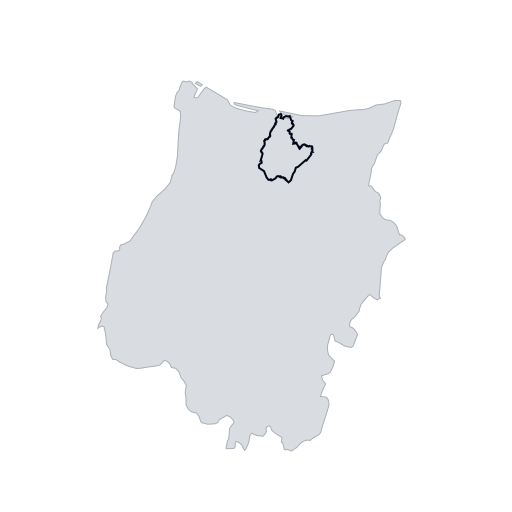 Loh-Djiboua, Sud-Bandama, Ivory Coast shown in context, rotated 198°
{"feature_id": "98640826B50838995581112", "entity_name": "Loh-Djiboua", "entity_type": "district", "adm_level": 2, "iso_a3": "CIV", "parent_name": "Ivory Coast", "parent_adm1": "Sud-Bandama", "projection": "equal_earth", "projection_center": [-5.414, 5.714], "detail": "fine", "context": "in_parent", "style": "outline", "palette": "ink", "viewbox_px": 512, "rotation_deg": 198, "n_neighbors": 0, "source": "geoboundaries", "source_scale": "gbopen_adm2", "svg_char_len": 8680}
<svg xmlns="http://www.w3.org/2000/svg" viewBox="0 0 512 512"><g transform="rotate(198 256 256)"><path d="M147.3,97.4L148.6,97.3L152.0,96.0L155.1,92.9L158.1,86.5L162.0,81.4L166.4,81.8L167.8,80.8L169.3,80.7L171.2,84.0L173.0,86.6L174.3,86.7L175.3,91.5L183.4,93.5L186.9,94.9L189.8,98.4L190.8,98.5L192.0,97.8L193.0,96.5L193.2,95.2L191.9,92.0L192.5,89.1L193.8,86.5L195.9,86.4L199.0,85.6L202.6,85.6L205.3,86.1L206.3,83.5L205.3,76.3L205.6,72.4L206.0,69.0L207.0,67.6L211.0,71.8L214.7,73.4L217.3,73.5L218.1,72.7L216.9,68.1L217.2,66.7L218.2,65.9L219.9,65.4L224.6,63.6L225.1,63.9L226.0,71.2L225.5,73.6L226.5,78.5L227.7,83.0L227.6,84.9L226.6,87.7L225.5,90.3L225.6,91.4L227.4,93.2L231.0,95.0L234.7,95.4L236.8,92.7L238.9,90.6L240.4,88.6L240.9,85.8L243.2,83.7L249.9,81.1L256.1,80.7L257.5,81.5L260.3,85.5L263.9,88.2L269.2,87.9L273.1,89.5L276.5,92.6L278.7,99.4L281.2,104.3L282.3,111.3L286.2,115.0L289.3,116.7L293.4,121.8L297.7,124.4L302.1,123.8L304.2,126.4L307.5,128.3L310.8,128.5L313.7,122.6L317.6,120.3L327.3,115.6L331.1,113.5L335.0,112.1L344.4,111.7L353.1,113.1L357.4,114.2L360.4,113.4L363.2,116.2L366.1,122.1L368.5,123.9L371.0,126.0L372.8,130.6L374.9,135.2L376.0,137.2L378.7,141.7L380.9,141.8L383.1,139.8L384.1,138.4L384.5,141.4L383.6,146.2L383.8,149.2L385.1,150.3L384.4,154.2L381.9,160.8L381.9,164.7L384.4,165.9L386.2,170.0L387.4,177.0L388.5,179.4L388.6,180.9L390.5,198.0L392.8,215.1L391.3,217.3L389.3,218.0L388.1,218.8L387.7,220.4L388.5,222.7L388.0,224.9L385.5,226.4L380.1,231.8L379.7,234.0L378.3,238.6L377.1,241.5L375.4,246.7L372.6,260.7L371.5,272.2L371.4,275.7L370.3,278.2L369.1,281.8L363.2,291.7L360.2,299.8L360.6,303.3L360.8,306.8L359.9,309.4L360.0,316.2L360.8,321.9L361.8,327.5L366.1,343.4L368.4,353.1L369.8,360.8L371.0,366.1L372.1,368.2L372.6,370.2L379.0,371.6L380.2,372.8L381.9,382.9L381.6,387.5L380.4,389.3L380.5,393.1L380.2,398.0L379.2,399.9L375.7,400.1L373.3,401.9L370.1,401.2L369.8,400.0L368.1,399.6L363.4,396.8L364.1,388.0L362.0,387.7L360.3,388.8L356.9,399.4L355.3,401.2L331.8,395.8L326.7,391.4L320.6,390.4L309.9,390.9L301.1,392.2L298.6,394.8L320.8,393.3L323.2,393.6L324.3,395.2L296.3,398.7L285.6,400.8L282.4,400.2L280.0,396.8L268.4,396.4L266.0,397.5L264.5,400.0L269.1,399.5L276.3,399.3L278.3,401.2L255.7,403.7L240.0,408.5L233.3,412.0L211.4,423.6L198.1,429.0L194.6,431.0L188.5,436.7L180.7,440.3L171.9,446.9L166.6,448.4L165.4,446.3L165.3,435.0L164.5,419.9L164.8,414.2L165.5,408.7L165.6,404.2L168.2,402.6L168.9,400.7L169.3,394.8L171.8,389.5L171.9,380.2L172.6,378.3L173.2,375.8L172.1,369.7L170.8,358.2L170.1,357.5L169.5,357.9L168.1,358.2L162.6,354.2L158.4,353.5L155.4,350.1L155.2,346.2L153.8,344.0L152.8,339.5L151.3,334.4L147.1,331.3L143.2,330.5L140.4,331.2L137.1,331.0L133.4,329.3L130.8,327.3L128.4,323.6L126.1,320.6L124.3,321.0L122.1,320.3L119.9,318.9L119.2,317.9L128.3,305.9L131.4,300.1L131.8,296.6L131.8,293.0L132.8,289.3L133.1,283.6L128.1,263.2L126.8,256.9L125.5,255.1L124.6,254.4L127.2,251.8L130.7,252.4L136.0,254.5L137.2,252.5L141.3,242.2L141.2,238.3L140.8,235.7L143.2,228.7L145.1,225.9L146.1,223.0L145.8,219.0L144.3,217.5L142.5,217.7L140.2,216.8L136.8,214.4L135.1,212.4L135.6,203.1L135.9,200.2L137.2,198.5L139.1,198.1L144.4,197.8L148.7,198.9L152.4,199.5L154.5,199.5L156.1,202.2L158.2,205.1L160.2,205.0L160.8,202.9L160.4,193.8L159.2,188.9L156.3,184.2L148.8,180.2L148.6,174.6L149.4,168.6L151.0,166.3L156.6,162.5L155.6,160.4L153.9,158.2L150.3,156.0L151.2,148.8L151.4,142.3L148.4,143.0L145.3,143.4L142.7,141.4L140.6,137.5L140.2,126.7L140.3,114.3L139.9,108.7L140.7,105.8L143.3,103.1L146.2,99.6L147.3,97.4ZM367.1,401.4L365.8,403.8L359.9,402.2L361.3,400.2L367.1,401.4Z" fill="#d9dde1" stroke="#a8b0b8" stroke-width="1"/><path d="M270.2,334.0L267.7,332.3L267.3,332.3L266.8,332.5L266.3,333.0L265.9,333.5L265.7,333.6L265.3,333.1L264.9,332.6L264.7,332.6L264.4,332.8L264.2,332.9L261.4,335.9L260.8,338.1L259.4,338.9L258.9,338.7L257.6,338.5L257.8,339.3L257.6,339.4L257.2,339.4L256.9,339.2L256.7,339.1L256.3,339.0L256.1,338.8L256.0,338.6L255.8,338.6L255.6,338.6L255.4,338.7L255.3,338.9L255.1,339.0L254.6,339.2L254.4,339.0L254.0,338.9L253.5,338.5L253.2,338.5L253.0,338.9L252.9,339.1L252.4,338.9L252.3,338.7L252.1,338.8L251.9,338.6L251.8,338.4L251.8,338.2L251.7,338.0L251.5,337.8L251.4,337.6L251.2,337.6L250.7,337.8L250.6,337.6L250.3,337.2L249.9,337.1L247.8,336.1L246.2,338.9L246.2,345.6L245.7,346.9L245.3,348.4L245.4,352.3L243.5,353.9L238.4,362.5L237.5,362.3L234.8,369.7L234.9,370.2L235.0,370.3L235.1,370.5L235.1,370.3L235.3,370.4L235.4,370.5L235.4,370.8L235.2,371.0L235.2,371.6L235.1,372.0L235.2,372.3L234.9,372.5L234.8,372.4L234.5,372.5L234.8,372.7L235.0,372.8L235.0,373.0L234.9,373.2L234.9,373.3L235.0,373.6L235.0,373.8L235.1,374.3L235.3,374.9L235.4,375.2L235.7,375.6L235.7,376.0L235.9,376.1L236.0,376.0L236.0,376.4L236.4,377.4L236.5,377.4L236.8,377.5L236.9,377.3L237.1,377.5L238.2,377.0L238.5,377.0L239.0,377.2L239.2,376.9L239.3,376.9L239.6,376.8L239.7,376.5L240.0,376.3L240.5,376.5L241.0,376.6L241.5,376.5L241.8,376.7L242.0,376.5L242.0,376.4L242.2,376.5L242.2,376.4L242.3,376.3L242.8,376.6L243.4,376.7L243.6,376.8L243.9,377.0L244.1,377.1L244.2,376.9L244.3,376.9L245.0,376.8L245.1,376.6L245.4,376.6L245.8,376.3L246.0,375.8L246.3,375.6L246.3,375.3L246.5,375.0L246.4,374.8L246.4,374.3L246.6,374.1L246.7,373.7L246.8,373.5L247.1,373.2L247.4,373.3L247.3,372.9L247.3,372.5L247.2,372.2L247.4,371.7L247.5,371.6L247.7,371.4L251.5,375.0L252.2,375.2L252.6,375.5L252.4,376.0L252.5,376.2L253.0,376.2L253.3,376.1L253.3,375.9L253.5,375.8L253.5,375.5L253.8,375.4L254.1,374.8L254.4,374.7L254.7,374.6L255.3,374.3L255.3,374.8L255.5,375.5L255.5,375.8L255.5,376.2L255.6,376.6L255.7,376.8L255.9,377.5L255.8,377.9L255.8,378.0L256.2,377.9L256.5,378.0L256.6,377.9L256.9,378.3L257.0,378.4L257.3,378.5L257.5,378.5L258.1,379.4L258.5,379.5L258.9,379.4L259.0,379.4L259.1,379.9L259.1,380.3L259.3,380.7L259.5,381.5L259.7,382.0L259.6,382.7L259.8,383.0L260.0,382.8L260.3,383.0L260.5,382.9L260.8,382.7L261.0,382.7L261.3,382.6L261.6,382.7L261.8,382.8L262.0,383.0L262.1,383.6L262.3,384.0L262.2,384.3L262.4,384.7L262.6,384.9L262.8,385.0L263.1,384.9L263.4,384.9L263.6,385.1L263.9,385.0L264.1,385.2L264.3,385.1L264.5,385.2L264.5,385.3L264.3,385.4L264.1,385.4L264.0,385.5L263.9,385.5L263.8,385.9L263.5,386.2L263.4,386.4L263.2,386.6L263.0,386.8L262.9,387.0L262.4,387.5L262.1,387.6L261.9,387.7L261.3,389.4L260.6,391.0L260.7,391.3L260.6,391.5L260.6,391.9L260.6,392.0L260.8,392.2L261.3,392.4L261.4,392.9L261.6,393.0L261.6,392.9L261.8,392.7L262.1,392.7L262.4,393.1L262.9,393.3L263.1,393.6L263.1,394.0L263.0,394.6L263.0,394.8L262.9,395.1L262.8,395.3L262.8,395.7L262.9,395.8L263.2,395.7L263.8,395.7L264.0,395.8L264.4,396.0L267.2,399.5L268.3,398.5L270.6,398.4L272.4,396.6L272.4,396.2L272.6,395.9L272.7,395.7L272.6,395.0L273.7,395.0L275.3,394.8L275.4,395.1L275.3,395.6L275.3,396.2L275.1,396.6L275.0,397.4L276.2,398.7L278.0,397.5L278.0,394.9L278.5,394.8L278.8,394.5L278.9,394.4L278.9,394.2L278.9,393.8L279.2,393.4L279.5,393.3L279.6,393.2L279.7,392.9L279.7,392.7L279.6,392.3L278.2,390.3L278.2,390.1L278.1,389.9L278.0,389.5L278.2,389.4L278.2,389.2L278.4,389.2L278.5,389.1L278.5,388.9L278.5,388.7L278.4,388.7L278.4,388.4L278.5,388.1L278.4,388.1L278.2,387.6L278.4,387.5L278.3,387.3L278.2,387.2L278.5,387.0L278.5,386.7L278.4,386.8L278.4,386.7L278.5,386.6L278.6,386.4L278.6,386.2L278.6,385.7L278.8,385.1L279.0,385.0L279.0,384.6L278.9,384.4L279.1,384.2L279.1,383.6L279.2,383.4L279.3,383.3L279.3,383.1L279.4,382.9L279.6,382.7L279.7,382.4L279.7,382.0L279.8,381.7L279.8,381.3L280.0,381.1L280.0,380.9L280.0,380.6L280.2,380.4L280.1,380.1L280.1,379.9L280.3,379.7L280.4,379.4L280.5,379.0L280.6,378.9L280.6,378.7L280.6,378.3L280.5,377.9L280.5,377.6L280.4,377.2L280.5,376.7L280.3,376.1L280.3,375.8L280.2,375.5L280.1,375.1L279.9,375.1L279.7,375.0L279.7,374.8L279.7,374.6L279.5,374.4L279.5,374.2L279.8,373.7L280.0,373.3L280.3,373.2L280.6,372.2L281.0,371.6L281.0,371.4L280.9,371.2L281.1,371.0L281.1,370.8L281.2,370.7L281.3,370.6L281.6,370.7L281.8,370.4L282.3,370.3L282.4,370.2L282.7,370.2L282.9,369.8L283.0,369.3L283.1,369.2L283.3,369.2L283.2,368.9L283.2,368.6L283.3,368.5L283.6,368.4L283.7,368.1L283.8,367.9L283.7,367.8L283.5,367.7L283.3,367.4L283.2,367.1L282.9,366.7L282.8,366.1L282.5,365.6L282.3,364.9L282.2,364.7L282.2,364.1L282.4,363.6L282.2,363.2L282.4,362.6L282.5,362.4L282.9,362.2L282.8,361.9L283.0,361.1L283.0,360.8L283.0,360.6L283.0,360.4L283.0,360.2L283.4,360.0L283.6,359.5L283.7,358.9L283.6,358.4L283.7,358.2L283.7,357.8L283.9,357.5L283.9,357.4L283.6,357.1L283.4,356.9L283.0,356.8L282.9,356.5L282.7,356.5L282.3,356.0L281.7,355.9L281.3,355.3L281.3,355.1L281.2,352.0L281.1,351.8L281.1,348.5L280.9,348.7L280.2,348.1L279.4,346.4L280.9,344.7L281.4,343.2L280.2,340.7L274.6,339.2L270.2,334.0Z" fill="none" stroke="#020617" stroke-width="2"/></g></svg>